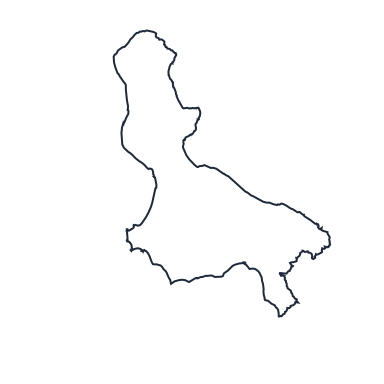 the district of Calabria, Catanzaro, Italy, rotated 136°
{"feature_id": "23120603B55310757134450", "entity_name": "Calabria", "entity_type": "district", "adm_level": 2, "iso_a3": "ITA", "parent_name": "Italy", "parent_adm1": "Catanzaro", "projection": "orthographic", "projection_center": [16.268, 39.03], "detail": "fine", "context": "isolated", "style": "outline", "palette": "slate", "viewbox_px": 384, "rotation_deg": 136, "n_neighbors": 0, "source": "geoboundaries", "source_scale": "gbopen_adm2", "svg_char_len": 5981}
<svg xmlns="http://www.w3.org/2000/svg" viewBox="0 0 384 384"><g transform="rotate(136 192 192)"><path d="M122.4,69.0L124.8,73.1L125.3,75.0L125.1,76.0L125.7,76.2L126.1,77.3L125.8,79.2L124.8,79.3L123.7,81.1L123.9,81.5L124.6,81.6L124.3,82.2L124.4,82.9L125.2,83.2L125.5,83.8L126.3,89.5L127.8,95.6L127.9,97.2L127.3,97.8L127.9,98.4L128.4,101.5L128.4,102.8L130.2,104.1L131.5,109.7L132.2,110.8L132.8,112.8L133.5,116.4L134.8,120.2L135.9,121.7L137.9,122.1L139.0,123.6L139.5,124.0L139.1,123.4L140.0,123.7L142.1,126.9L143.6,130.4L145.9,132.7L147.6,135.7L151.2,147.2L151.8,148.2L152.5,153.2L153.3,155.0L154.9,177.8L155.9,180.6L156.3,182.8L156.7,183.2L158.3,191.8L160.0,194.7L161.8,196.3L164.4,202.8L166.2,203.4L168.8,205.5L170.3,205.7L170.9,206.5L171.3,209.0L171.3,217.1L170.6,222.1L167.8,229.7L167.2,230.8L164.6,232.4L163.7,233.7L162.3,234.8L161.8,235.0L161.6,234.7L161.3,234.5L161.7,235.1L160.8,235.1L161.4,234.0L158.8,235.7L155.6,234.6L153.8,234.4L153.5,233.8L152.6,234.1L152.1,233.5L149.9,233.6L148.2,234.3L147.6,233.9L146.1,234.1L144.6,235.3L143.4,237.3L142.1,238.5L140.9,238.5L138.0,239.9L137.4,239.7L137.3,240.1L137.1,239.9L137.5,239.6L136.6,240.1L136.3,239.8L135.3,240.9L133.9,241.0L131.3,242.9L130.0,244.7L128.9,247.8L129.0,248.4L130.1,248.8L130.3,249.3L131.0,249.3L131.4,250.2L132.5,250.8L133.2,252.1L134.6,252.7L135.1,253.6L136.1,254.1L136.9,255.9L139.9,257.9L140.2,258.9L139.9,260.4L137.9,268.0L136.6,271.5L135.8,272.2L135.7,273.3L134.1,275.4L132.6,279.2L132.4,279.8L132.7,280.1L132.2,281.3L131.5,281.7L131.2,282.6L130.4,283.3L129.9,283.5L129.5,284.4L129.8,285.2L129.4,285.6L129.0,287.1L129.1,288.9L127.7,291.6L127.7,292.2L127.3,292.3L127.1,292.9L125.3,295.0L120.4,298.1L118.2,298.7L116.9,298.5L116.7,298.0L115.9,298.9L115.2,298.6L114.2,298.9L112.8,299.4L111.7,300.5L108.0,301.6L107.7,302.7L107.8,303.6L107.5,303.3L107.4,303.3L107.9,304.4L107.9,307.8L108.7,308.5L108.6,310.2L110.1,312.4L109.6,313.7L110.3,314.6L109.7,315.6L109.6,316.8L109.3,316.6L109.5,315.7L109.3,316.2L109.3,317.7L107.4,319.3L107.4,320.6L107.9,323.0L109.7,324.3L109.2,325.9L110.2,327.9L109.7,329.4L107.7,330.9L107.9,332.3L108.9,334.5L112.4,339.7L114.4,340.4L115.6,342.0L117.1,342.6L118.3,343.7L119.8,343.7L121.5,344.9L124.5,344.9L126.9,344.5L129.9,344.6L134.2,343.6L138.7,343.2L140.0,343.4L140.4,343.9L142.5,344.6L146.9,345.2L149.7,344.2L151.3,344.1L152.1,344.5L154.3,343.8L158.0,339.5L160.6,334.8L163.0,329.3L162.9,327.6L163.5,325.7L164.5,320.0L164.9,316.0L165.3,314.9L168.2,311.9L175.0,303.3L178.6,297.9L181.0,295.9L180.8,295.8L181.8,294.0L183.8,292.3L186.9,291.4L193.0,288.8L194.0,288.8L194.5,288.3L194.6,288.5L194.2,288.6L194.0,289.0L197.7,286.9L201.8,283.4L209.0,274.8L210.2,271.4L210.2,269.1L209.9,264.4L209.5,263.7L209.1,260.0L209.2,256.0L208.6,251.0L207.8,248.3L207.4,244.8L207.6,240.0L207.2,238.6L206.4,238.5L205.2,237.0L205.0,235.8L205.9,233.6L207.6,231.7L207.7,230.7L208.2,230.1L208.8,230.0L208.7,229.5L209.0,229.1L208.5,228.2L212.6,221.9L214.6,220.0L215.4,219.8L215.7,219.9L215.4,220.1L215.7,220.1L227.9,212.0L232.1,209.7L237.4,207.5L242.4,205.9L250.2,204.3L252.5,204.3L254.4,205.4L255.4,207.5L256.9,208.2L257.0,208.7L257.8,208.4L257.4,208.4L258.0,207.3L259.4,206.9L263.8,207.8L264.7,208.7L264.3,210.0L264.8,210.5L265.1,210.2L264.9,209.6L265.5,209.5L265.3,209.3L265.5,208.8L266.8,208.1L270.6,203.4L271.7,202.8L271.7,202.4L272.1,202.5L272.4,201.9L272.7,202.1L273.0,201.5L271.8,199.9L271.9,198.7L271.7,198.3L272.1,197.6L272.1,196.4L273.9,193.7L274.7,193.3L274.7,192.8L276.5,192.8L276.6,191.7L275.7,192.0L274.8,191.4L273.1,191.1L270.2,189.3L269.0,187.6L268.5,186.3L268.4,185.3L269.0,184.9L269.0,184.5L269.1,185.0L269.3,184.7L268.9,183.7L268.0,182.5L269.0,184.2L268.4,184.1L268.5,183.7L268.0,184.1L267.1,183.6L268.0,183.0L266.8,183.3L266.0,181.0L266.2,178.5L267.0,175.7L269.7,169.4L270.2,167.3L269.4,166.1L267.8,164.7L265.6,160.9L265.5,159.1L266.1,156.0L265.9,153.4L266.3,151.5L268.3,146.4L268.7,144.1L270.8,140.5L266.5,139.8L262.7,137.7L260.1,135.8L258.2,133.4L256.7,129.3L249.7,127.7L248.1,126.9L248.0,126.3L247.6,126.2L247.9,126.2L248.3,126.4L248.3,126.2L244.9,124.8L243.6,123.7L239.9,121.9L239.4,121.1L236.3,118.8L235.3,117.2L234.6,115.0L229.6,110.6L228.0,110.1L225.6,111.3L220.9,110.6L213.9,110.6L211.5,109.8L207.7,107.8L204.8,105.5L203.9,104.2L204.0,103.8L203.6,104.3L204.0,105.2L203.6,104.8L203.6,105.5L203.4,105.4L203.4,104.6L202.8,104.1L203.4,103.5L204.0,103.5L203.6,101.6L204.1,96.6L201.6,94.9L200.1,92.9L199.6,90.8L199.4,88.5L199.8,86.4L201.2,82.3L203.3,79.4L204.9,76.4L207.9,72.4L209.5,71.0L211.8,68.2L213.4,65.2L214.2,64.5L214.5,63.3L213.4,61.9L212.8,60.6L212.4,56.3L211.3,53.5L211.2,52.7L211.8,51.0L211.6,49.6L211.9,47.5L213.7,44.8L216.0,42.3L215.4,41.6L214.4,41.3L214.2,40.7L213.5,40.4L211.6,40.8L209.9,40.1L208.4,41.2L207.3,40.7L206.5,40.9L205.1,41.4L203.9,42.4L202.7,40.9L201.1,40.8L200.2,41.6L197.7,40.2L195.7,40.1L193.8,41.1L193.4,39.9L192.5,38.8L192.4,41.0L191.2,42.0L192.0,43.9L191.5,46.2L191.9,46.9L190.9,48.6L190.4,50.0L190.6,50.6L189.7,51.8L189.5,52.8L190.1,56.3L189.5,57.1L189.3,58.3L187.4,60.6L187.2,61.6L186.1,63.0L186.3,64.1L185.9,64.9L184.7,65.6L184.3,67.0L183.7,67.4L184.8,69.0L186.1,69.7L185.6,72.2L185.1,72.6L184.1,71.7L184.0,70.8L183.3,70.6L180.8,67.7L177.9,68.1L176.5,67.4L176.0,67.9L174.6,68.0L172.7,69.1L171.4,68.5L170.7,68.7L171.3,70.0L170.8,72.9L169.3,72.4L167.7,71.0L164.9,69.6L163.7,70.5L162.7,72.2L162.0,71.4L160.8,71.7L159.0,71.4L157.7,71.9L156.8,72.9L153.9,72.6L153.3,73.1L152.8,72.4L152.6,70.8L152.1,70.2L149.9,68.8L150.4,67.7L149.4,66.4L148.9,64.5L150.2,62.1L151.0,61.8L151.7,61.0L151.4,59.5L149.1,59.1L148.7,59.5L148.8,60.1L147.1,60.7L146.4,60.5L146.0,61.0L145.8,60.4L144.8,59.7L140.6,58.4L140.0,58.6L139.7,59.4L139.0,59.8L138.7,60.3L137.4,61.1L136.6,59.3L135.2,59.0L134.4,60.4L134.0,59.5L133.1,58.9L133.0,58.2L132.2,57.6L131.0,58.2L130.5,57.9L129.2,58.3L129.1,59.0L128.3,59.3L127.8,60.6L127.1,61.0L126.5,62.4L124.3,63.8L123.4,68.0L122.4,69.0ZM124.3,75.6L123.7,76.1L124.9,76.2L124.9,75.8L124.3,75.6Z" fill="none" stroke="#1e293b" stroke-width="2"/></g></svg>